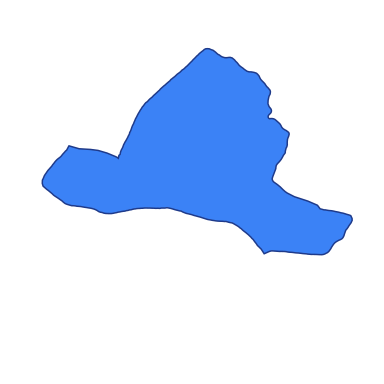 outline of Cidade De Tete, Tete, Mozambique, rotated 331°
{"feature_id": "85939544B33116803936279", "entity_name": "Cidade De Tete", "entity_type": "district", "adm_level": 2, "iso_a3": "MOZ", "parent_name": "Mozambique", "parent_adm1": "Tete", "projection": "orthographic", "projection_center": [33.575, -16.158], "detail": "fine", "context": "isolated", "style": "filled", "palette": "blue", "viewbox_px": 384, "rotation_deg": 331, "n_neighbors": 0, "source": "geoboundaries", "source_scale": "gbopen_adm2", "svg_char_len": 5924}
<svg xmlns="http://www.w3.org/2000/svg" viewBox="0 0 384 384"><g transform="rotate(331 192 192)"><path d="M319.4,289.6L318.4,288.4L317.2,287.2L316.2,286.2L315.1,285.0L313.7,283.6L312.2,282.4L311.3,281.5L310.1,280.4L309.0,279.5L307.8,278.5L306.5,277.3L305.4,276.4L304.9,276.0L302.7,274.5L301.3,273.4L300.1,272.4L298.8,271.6L297.4,270.2L295.9,268.8L295.3,264.4L288.9,256.1L279.3,245.8L275.0,239.4L274.9,239.3L273.7,236.9L272.7,234.0L271.6,230.2L271.3,229.5L270.7,227.9L269.6,225.4L269.4,225.2L269.0,224.2L268.2,222.5L268.1,220.9L268.4,219.5L269.1,218.7L269.9,217.9L275.7,213.0L276.5,212.3L276.9,211.8L276.9,211.6L277.1,211.5L277.4,211.0L278.6,209.6L279.9,208.9L281.2,208.4L282.0,208.2L284.2,207.4L285.8,206.7L287.7,205.6L288.6,205.0L290.0,204.1L291.4,203.5L292.3,203.1L292.8,202.6L293.1,202.0L293.4,201.6L293.8,201.1L294.4,200.5L295.3,199.5L295.4,199.4L295.8,199.1L296.9,198.4L297.6,197.6L298.3,196.8L298.8,195.7L299.3,194.9L299.8,194.0L300.4,193.2L300.8,192.5L300.9,192.4L301.5,191.8L302.2,191.1L303.3,190.3L304.3,189.3L305.1,188.4L305.4,187.4L305.4,186.7L304.9,185.4L304.5,184.7L304.4,184.2L303.7,183.2L303.0,182.0L302.4,180.9L302.1,179.8L301.9,178.8L302.0,177.5L302.0,176.6L302.0,175.7L301.8,174.6L301.4,173.4L301.2,172.8L300.8,171.7L300.4,170.5L299.9,169.2L299.5,168.4L298.8,167.5L297.7,166.6L296.8,166.1L295.9,165.7L295.2,165.4L294.8,164.5L294.8,163.8L295.2,162.8L295.7,162.3L295.9,162.2L296.4,161.9L297.2,161.6L298.2,161.4L299.1,161.1L299.8,160.7L300.6,159.9L301.1,159.0L301.3,157.8L301.2,156.9L301.0,155.8L300.8,154.6L301.0,153.3L301.2,151.8L301.5,151.1L302.2,150.1L302.6,149.3L303.2,148.5L303.9,147.7L304.5,147.0L305.1,146.3L305.8,145.6L306.3,145.2L307.3,144.6L307.8,144.2L308.5,143.3L309.1,142.5L309.4,141.8L309.5,141.0L309.6,140.8L309.0,137.6L308.5,136.1L308.3,134.5L308.2,132.5L307.7,130.6L307.2,128.9L306.7,126.8L306.7,125.3L306.9,123.0L306.5,120.9L306.0,119.4L304.5,117.7L303.2,116.6L301.8,115.5L300.2,114.6L298.7,113.1L297.9,111.5L297.1,109.8L296.6,108.4L295.7,106.6L295.1,105.2L294.6,103.7L294.4,102.1L294.1,100.5L293.5,98.7L293.3,97.2L292.7,95.7L292.1,94.2L290.6,92.7L289.1,92.0L287.5,91.4L285.9,90.5L285.0,89.6L284.0,88.6L283.0,87.0L282.4,85.5L281.4,84.1L280.9,82.7L280.4,81.1L279.8,79.7L279.1,78.2L277.7,76.7L276.6,75.2L275.0,74.1L273.4,73.4L271.8,73.3L270.3,73.7L268.8,73.9L267.6,74.1L266.9,74.2L265.4,74.5L263.7,75.1L262.0,75.4L260.2,76.0L258.5,76.5L257.2,76.8L255.7,77.4L253.8,77.9L252.1,78.4L250.5,78.9L248.8,79.4L247.1,79.7L245.4,80.2L244.0,80.5L242.6,80.5L241.0,81.0L239.5,81.4L237.9,81.6L236.2,81.8L234.7,82.2L232.8,82.7L231.1,82.9L229.7,83.2L228.1,83.4L226.4,84.1L225.0,84.3L223.7,84.6L222.1,84.9L220.7,85.3L219.2,85.5L217.8,85.8L215.6,86.3L214.3,86.6L212.9,87.2L211.4,87.5L209.1,88.1L206.6,88.7L205.1,89.0L203.5,89.6L201.8,89.9L200.2,90.2L198.5,90.7L196.9,91.3L194.9,91.5L193.3,92.1L191.4,93.0L189.7,93.6L188.2,94.5L186.4,95.4L184.6,96.5L183.0,97.4L181.2,98.6L179.6,99.7L178.1,100.6L176.9,101.6L175.3,102.8L173.9,104.0L172.3,105.0L170.7,106.3L169.3,107.6L167.9,108.8L166.3,109.8L165.3,111.0L163.8,111.9L161.9,113.3L160.6,114.1L159.0,115.1L157.7,115.8L156.4,116.7L155.0,117.6L153.7,118.8L152.3,119.9L150.8,120.8L149.4,121.9L148.5,122.8L147.3,124.3L145.9,124.5L143.9,126.8L143.1,125.1L142.1,123.7L136.6,116.8L130.0,110.1L123.9,105.6L114.3,99.5L106.9,92.1L106.7,92.0L102.7,94.6L101.1,94.9L100.4,95.2L98.7,95.8L97.7,96.1L96.4,96.6L95.8,96.9L94.5,97.4L93.0,97.7L91.4,97.9L89.8,98.2L88.1,98.7L86.5,99.3L85.0,100.0L83.4,100.6L81.7,101.5L80.1,102.0L78.5,102.6L76.7,103.2L75.2,103.9L73.5,104.8L72.2,105.4L70.6,106.3L69.4,107.3L68.1,108.3L66.9,109.1L65.2,111.9L64.6,114.7L66.3,119.4L67.1,121.1L67.7,122.7L68.3,124.2L68.9,125.8L69.4,127.6L70.1,129.1L70.8,130.4L71.7,132.1L72.5,133.7L73.1,135.0L74.0,136.8L74.6,138.7L75.4,140.5L76.3,141.7L77.6,143.1L78.8,144.3L80.2,145.7L81.8,146.6L83.2,147.6L84.5,148.7L86.2,149.8L87.8,150.9L89.1,152.0L90.7,153.3L92.3,154.5L93.9,155.8L95.6,157.1L96.6,158.0L98.0,159.4L99.0,160.6L100.0,162.1L100.9,163.9L102.0,165.2L103.4,166.3L104.8,167.9L106.1,168.9L107.7,169.9L109.4,170.9L111.1,171.8L112.7,172.4L114.4,172.9L116.1,173.5L117.6,173.8L119.1,174.4L120.8,174.9L122.7,175.6L124.1,176.2L125.6,176.5L127.1,177.1L128.7,177.4L130.0,178.0L131.4,178.3L132.9,178.7L134.3,179.3L135.6,179.7L136.9,180.3L138.3,181.0L139.7,181.6L141.0,182.3L142.5,182.9L144.2,183.8L145.7,184.7L147.5,185.7L149.1,186.7L150.8,187.7L152.5,188.8L154.3,189.7L155.8,190.7L157.4,191.2L158.9,192.0L160.5,192.9L162.5,193.6L164.1,194.9L165.6,196.2L167.1,197.7L168.6,199.3L170.1,200.7L171.9,202.4L173.3,203.5L174.2,205.0L175.6,206.7L176.7,208.0L178.1,209.2L179.5,210.5L180.7,211.6L182.3,213.4L184.0,215.0L185.4,216.4L187.0,217.9L188.3,219.3L189.6,220.7L191.2,222.4L192.6,223.8L194.4,225.2L196.0,226.6L197.6,227.8L198.7,228.7L200.1,229.7L201.5,230.6L202.8,231.4L204.8,232.6L206.2,233.6L207.4,234.2L208.4,235.2L209.4,236.2L210.6,237.3L212.2,238.6L213.1,240.0L214.0,241.5L215.0,243.2L215.9,244.8L216.5,246.5L217.3,248.1L217.8,249.8L218.5,251.6L219.4,253.6L220.0,255.2L220.6,256.7L221.1,258.4L221.6,259.9L221.9,261.6L222.5,263.3L222.7,265.6L223.0,267.3L223.2,268.7L223.3,270.6L223.8,272.0L224.3,273.8L224.8,275.4L225.2,281.0L230.9,281.5L232.6,281.9L233.8,282.5L235.3,283.5L236.7,284.4L238.2,285.4L239.7,286.4L241.2,287.2L242.6,288.0L244.1,288.9L245.4,289.8L246.9,291.1L248.5,292.2L250.1,293.2L251.6,294.3L253.2,295.5L254.3,296.2L255.7,297.1L257.5,298.4L259.1,299.6L260.6,300.6L262.0,301.5L263.1,302.4L264.6,303.4L266.2,304.5L267.7,305.3L268.9,306.0L270.6,307.0L272.2,308.0L273.5,308.8L275.2,309.8L276.6,310.3L278.1,310.6L279.7,310.6L281.1,310.7L282.9,310.3L284.2,309.7L285.9,308.9L287.4,307.9L289.1,307.0L290.3,306.4L291.8,305.8L293.4,305.5L295.0,305.4L297.0,305.4L298.8,305.6L300.4,305.6L301.9,305.1L303.7,303.9L305.1,302.5L306.6,301.2L307.9,300.0L309.8,299.3L311.6,298.4L313.1,297.5L314.4,296.9L316.3,296.0L317.3,295.2L318.3,294.5L319.2,292.7L319.4,289.6Z" fill="#3b82f6" stroke="#1e3a8a" stroke-width="1.5"/></g></svg>